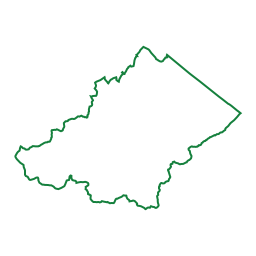 Le Thuy, Quảng Bình, Vietnam
{"feature_id": "81297802B23145234920875", "entity_name": "Le Thuy", "entity_type": "district", "adm_level": 2, "iso_a3": "VNM", "parent_name": "Vietnam", "parent_adm1": "Quảng Bình", "projection": "orthographic", "projection_center": [106.715, 17.125], "detail": "fine", "context": "isolated", "style": "outline", "palette": "green", "viewbox_px": 256, "rotation_deg": 0, "n_neighbors": 0, "source": "geoboundaries", "source_scale": "gbopen_adm2", "svg_char_len": 5766}
<svg xmlns="http://www.w3.org/2000/svg" viewBox="0 0 256 256"><path d="M129.5,201.4L130.8,201.1L131.9,201.0L132.8,200.6L133.5,200.6L134.8,201.1L137.1,203.5L136.9,204.6L137.6,205.6L137.9,205.7L139.5,205.9L141.1,206.3L144.2,207.9L145.4,209.1L145.7,209.1L147.5,207.7L148.5,207.5L149.3,207.7L149.7,207.5L150.0,207.6L150.7,206.4L150.9,206.2L152.8,206.9L154.1,207.0L155.3,207.8L155.8,207.9L156.4,207.8L157.2,207.3L158.1,206.4L158.6,205.6L158.5,204.6L157.9,202.7L157.7,200.8L157.8,199.6L157.5,198.7L157.4,197.8L157.2,197.1L157.1,196.2L157.3,195.8L158.2,194.9L158.0,192.9L158.2,192.2L159.3,191.3L159.8,190.0L159.8,189.8L159.2,188.9L159.0,188.4L159.0,186.9L159.1,186.7L159.4,186.7L159.7,186.4L159.7,186.1L159.6,185.2L160.5,183.6L160.9,183.2L161.4,183.0L161.7,183.0L162.6,183.4L163.9,183.4L164.7,183.0L165.3,182.2L165.6,181.9L167.0,181.3L168.3,181.1L168.6,180.7L169.0,179.1L169.7,178.2L170.3,177.0L168.8,172.2L168.7,171.3L168.1,170.7L168.1,169.6L168.7,169.4L169.3,169.0L170.3,167.8L171.0,166.7L170.5,165.1L170.7,164.3L171.1,164.0L171.7,164.0L172.4,163.8L172.8,162.1L174.3,161.6L175.2,162.6L178.2,163.4L179.3,164.1L180.0,164.3L181.0,164.0L183.2,163.9L186.3,162.3L186.7,162.3L187.5,161.0L188.6,160.2L189.3,160.0L190.2,159.2L191.0,158.4L191.3,157.4L191.5,156.0L190.3,153.7L189.8,151.0L189.6,150.7L189.1,150.4L188.6,149.7L188.6,148.9L188.6,148.5L189.2,148.0L190.6,146.9L191.7,146.4L192.0,146.4L192.9,146.8L194.5,146.7L195.5,146.9L196.0,146.9L196.8,146.6L197.2,146.7L197.6,146.5L198.5,145.9L198.4,145.6L198.7,145.4L198.8,145.2L200.3,145.1L201.0,144.7L201.2,144.4L201.3,144.0L201.7,143.0L202.6,142.6L202.9,142.1L203.4,141.6L204.5,141.0L205.1,141.0L205.9,140.1L206.5,140.1L206.8,139.6L207.3,139.3L208.0,138.6L209.5,137.8L209.9,137.2L210.7,137.1L212.9,136.0L214.5,135.1L214.8,135.1L215.1,135.4L216.2,134.7L216.8,134.2L218.2,134.1L218.7,134.0L220.1,132.7L221.0,132.4L221.9,132.4L222.5,131.9L222.8,131.8L223.6,131.0L225.2,130.0L225.3,129.7L225.3,128.9L225.9,128.0L228.3,126.0L228.7,125.4L229.6,124.3L229.9,123.8L230.2,123.6L230.5,123.1L234.1,120.2L237.1,117.0L239.4,114.2L240.6,113.2L238.5,111.5L237.1,110.5L231.4,105.8L229.3,104.3L228.2,103.8L222.6,99.4L218.9,96.6L200.1,81.6L189.7,73.6L167.0,54.8L166.8,55.3L167.4,56.8L167.4,57.0L167.2,57.2L166.9,57.5L166.1,57.5L165.6,57.4L165.4,57.5L164.6,58.9L164.1,59.2L162.8,61.1L161.3,61.6L160.1,61.4L158.2,60.4L157.6,59.8L156.2,59.2L155.4,57.5L151.2,52.9L149.4,50.3L148.5,49.4L143.4,46.9L140.3,50.1L139.7,51.4L139.1,52.3L138.1,53.3L137.2,54.5L136.5,54.8L137.2,56.1L136.4,56.1L136.2,56.3L136.0,56.7L135.9,57.3L135.6,57.7L135.3,57.9L134.5,60.4L133.9,64.5L133.5,66.1L131.2,66.6L130.4,65.7L128.2,67.3L128.2,67.8L127.1,68.9L126.0,71.3L124.5,73.5L124.6,73.9L124.5,74.0L124.0,73.9L123.8,73.8L123.5,73.7L122.9,72.6L122.5,72.1L122.0,72.5L123.1,74.0L121.4,75.4L119.3,79.4L118.8,81.7L117.7,81.1L116.3,79.8L116.5,78.8L116.2,77.3L113.3,78.2L111.7,79.3L110.8,79.7L109.7,81.0L108.3,83.4L108.1,83.3L107.9,83.1L107.4,82.2L105.0,79.5L104.7,78.6L104.7,77.5L104.6,77.2L100.4,80.1L96.4,81.7L95.1,82.6L95.2,83.0L96.0,85.3L96.0,85.7L95.7,87.0L94.7,88.5L96.5,90.6L97.1,91.8L96.8,94.1L96.5,95.2L96.0,95.9L95.1,95.9L94.3,95.9L92.9,96.0L92.0,96.5L91.7,96.6L90.9,96.4L91.9,98.6L92.7,99.6L93.0,100.4L91.9,101.7L91.8,102.5L92.2,104.2L92.0,105.3L91.3,106.0L89.9,106.6L89.6,106.6L88.9,109.3L89.0,111.6L88.5,112.3L88.6,113.0L88.4,114.0L88.2,114.5L87.4,115.3L87.4,115.7L87.6,116.2L87.3,117.3L87.0,117.3L86.6,117.6L86.3,117.5L85.8,117.1L84.6,117.2L83.9,116.7L82.9,116.7L81.8,115.9L81.4,115.7L81.1,115.8L79.5,116.6L78.7,116.4L77.7,116.5L77.0,117.2L75.5,118.3L74.7,118.8L73.9,119.0L72.6,118.8L71.8,118.8L71.1,119.0L68.4,120.0L68.2,120.5L67.9,120.9L67.2,121.2L65.5,121.3L63.9,123.0L63.9,123.9L64.3,126.3L64.1,127.2L63.3,128.5L62.9,129.6L62.8,130.2L62.3,130.7L61.6,130.8L61.0,131.2L60.6,131.1L57.6,129.6L56.8,129.3L56.6,129.4L56.0,129.8L55.7,129.9L54.6,129.8L51.8,130.2L51.5,130.9L51.6,131.5L51.9,132.6L51.9,132.9L51.9,133.5L51.6,134.3L51.8,135.8L51.8,137.1L51.7,137.3L51.3,137.6L51.2,138.8L49.9,141.5L49.0,141.8L48.1,141.7L47.3,142.3L45.6,142.4L44.1,143.0L42.2,144.2L41.3,144.6L39.4,146.0L38.9,146.0L38.1,146.4L37.1,146.3L36.1,146.4L32.9,146.1L32.5,146.2L31.9,146.8L31.6,147.0L29.9,147.7L28.7,149.3L27.0,149.6L26.3,149.6L25.5,149.5L24.7,148.6L24.2,148.4L23.2,148.3L22.7,148.0L21.6,146.8L20.7,146.4L20.0,148.2L19.6,150.6L18.0,151.8L17.0,153.1L15.5,155.8L15.4,156.6L15.7,157.4L16.8,159.1L20.3,162.8L23.5,164.9L23.6,165.5L23.7,167.0L24.8,169.7L25.0,170.5L25.0,174.7L25.8,176.0L27.7,176.8L29.1,179.3L29.7,179.8L30.6,179.9L34.0,178.9L36.3,177.6L37.7,177.5L38.0,177.8L38.3,178.6L38.4,180.4L38.9,181.6L39.4,182.7L41.1,183.8L41.8,184.4L42.8,184.7L44.0,184.7L44.7,184.9L48.0,185.0L49.7,185.3L51.3,185.3L53.6,186.6L54.8,187.9L55.4,188.4L56.4,188.7L58.4,189.1L61.3,187.9L64.3,186.2L65.2,184.4L66.7,180.5L69.1,179.9L69.6,176.5L70.2,175.8L70.6,175.5L71.4,175.8L71.4,178.4L71.9,179.1L72.4,180.1L72.6,180.2L73.4,180.3L73.7,180.5L75.4,180.8L76.1,181.4L76.3,181.8L76.4,182.9L78.8,182.3L80.8,182.0L83.0,182.2L84.8,181.9L85.4,181.9L86.3,182.1L87.9,182.9L88.3,183.6L88.4,184.1L88.3,185.2L88.1,185.4L85.7,186.9L85.8,187.6L85.6,189.2L86.8,190.0L86.9,190.5L87.7,191.6L88.0,192.6L88.0,194.0L88.5,194.4L89.2,194.4L89.5,194.5L89.9,195.0L90.4,195.1L90.6,195.2L90.8,195.6L90.5,197.9L90.6,199.1L92.2,201.0L93.4,202.0L95.2,202.0L96.9,202.2L98.1,202.0L99.0,202.1L99.6,202.4L100.1,202.3L100.6,202.2L101.1,202.0L101.7,201.2L102.1,201.2L104.0,201.7L106.3,202.1L106.7,202.2L107.1,202.3L107.5,202.0L108.4,202.4L109.7,203.2L110.2,203.2L111.4,203.0L113.7,203.1L114.3,202.4L115.7,199.3L116.4,198.7L117.2,198.8L118.9,197.9L121.4,196.9L121.9,196.6L123.4,195.3L125.4,195.6L126.1,195.5L126.4,195.8L126.5,196.8L127.2,198.4L127.7,199.0L128.8,199.8L129.2,200.2L129.5,201.4Z" fill="none" stroke="#15803d" stroke-width="2"/></svg>